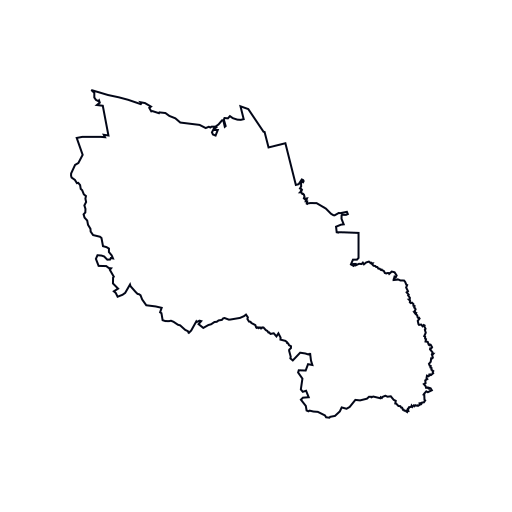 the district of Rudbāržu pag., Skrundas, Latvia, rotated 282°
{"feature_id": "27541924B63960792537365", "entity_name": "Rudbāržu pag.", "entity_type": "district", "adm_level": 2, "iso_a3": "LVA", "parent_name": "Latvia", "parent_adm1": "Skrundas", "projection": "mercator", "projection_center": [21.868, 56.65], "detail": "fine", "context": "isolated", "style": "outline", "palette": "ink", "viewbox_px": 512, "rotation_deg": 282, "n_neighbors": 0, "source": "geoboundaries", "source_scale": "gbopen_adm2", "svg_char_len": 6121}
<svg xmlns="http://www.w3.org/2000/svg" viewBox="0 0 512 512"><g transform="rotate(282 256 256)"><path d="M185.0,158.9L185.8,168.4L185.7,174.5L181.0,173.9L180.4,175.4L173.8,178.0L173.5,180.8L174.2,184.5L175.0,186.3L174.5,189.0L172.5,194.0L172.4,196.2L169.0,202.1L168.3,205.0L167.0,206.1L166.1,205.8L169.6,208.1L179.6,211.2L179.1,211.7L181.0,214.2L180.9,215.9L177.4,214.0L174.7,219.4L178.6,223.8L179.9,226.3L182.8,229.1L183.5,231.3L185.2,232.8L186.4,235.9L188.1,236.8L188.8,238.1L188.1,242.7L188.5,244.1L192.1,253.2L194.7,256.8L196.6,258.4L194.3,260.8L192.6,260.7L190.4,262.8L190.5,264.3L189.5,265.4L188.3,269.7L186.2,271.0L186.4,271.8L186.0,271.9L186.4,272.7L186.0,273.3L186.7,273.8L186.4,274.2L186.8,275.1L186.3,275.8L187.0,276.0L186.8,276.7L187.5,277.2L187.6,278.2L185.5,281.1L185.1,282.6L183.7,284.1L184.0,284.8L182.8,286.4L184.1,289.4L181.6,292.7L185.0,294.0L181.3,297.0L179.3,297.3L179.1,302.4L178.1,304.3L177.3,304.6L177.2,305.6L175.6,306.9L175.0,309.0L173.2,309.3L171.3,308.0L170.2,308.1L164.7,310.9L163.0,310.9L161.5,313.7L170.6,319.3L170.9,324.4L170.6,327.4L171.2,328.3L170.8,328.6L171.3,329.4L165.2,331.5L161.1,333.8L161.0,329.4L154.3,328.4L153.1,321.6L150.8,321.4L145.7,326.9L134.8,327.6L132.9,330.0L134.6,333.0L128.8,336.9L127.2,331.4L124.8,329.8L119.7,335.9L115.4,337.6L115.0,339.6L115.9,340.6L115.8,344.5L116.4,348.9L114.4,356.6L112.8,358.1L113.1,361.4L114.1,362.0L116.0,366.5L121.4,370.3L125.7,371.3L125.4,376.3L127.8,379.0L135.9,383.1L136.4,387.8L139.5,394.2L141.8,395.8L142.2,397.9L141.8,398.3L142.9,399.9L142.7,407.2L143.8,407.4L143.3,408.6L144.5,409.1L146.2,411.6L145.7,413.9L146.8,417.0L143.9,420.6L143.4,422.8L140.7,422.9L140.7,423.9L138.9,426.5L139.1,428.4L137.9,429.5L138.0,430.5L136.2,431.6L136.4,432.3L135.5,433.3L135.9,435.5L135.1,435.5L134.8,436.3L135.8,436.4L136.0,437.3L137.2,436.7L137.1,436.1L138.3,436.3L138.7,437.1L139.9,437.1L140.7,439.2L141.9,439.3L140.9,440.3L142.8,441.4L142.8,442.3L142.4,442.5L143.2,443.1L143.0,444.6L143.5,445.2L143.2,445.7L144.6,447.2L145.9,446.6L146.3,447.6L145.8,448.5L147.1,448.8L147.8,450.7L149.9,451.5L150.4,450.7L155.4,449.4L155.4,448.8L156.2,449.1L159.0,450.7L158.5,452.4L161.2,455.9L162.9,454.3L163.1,452.1L162.3,452.4L162.8,451.0L162.4,449.8L163.9,449.0L165.6,446.8L166.9,448.3L169.5,447.4L171.2,449.1L171.8,448.2L174.5,448.1L174.2,449.7L175.3,450.6L176.1,450.2L176.4,450.9L175.8,451.4L175.9,451.9L178.2,453.7L179.3,452.9L180.3,453.3L181.3,451.2L182.9,451.0L183.2,449.8L184.7,449.8L184.8,448.7L186.5,447.6L188.9,448.9L192.3,448.6L192.5,449.7L193.3,450.1L195.6,448.9L197.1,449.7L196.8,448.6L198.4,448.8L200.9,445.6L201.9,445.6L202.2,446.7L203.4,447.2L205.5,445.3L205.6,444.5L204.8,444.1L205.1,443.4L207.7,441.8L207.6,439.6L210.0,439.6L210.4,438.6L212.3,438.2L212.6,437.2L216.2,438.0L219.0,436.5L220.0,437.0L222.4,435.1L223.1,435.3L223.4,434.4L221.9,433.5L223.3,431.8L222.5,429.8L223.1,429.1L226.2,427.7L228.8,429.0L229.4,428.4L228.9,427.9L229.7,426.8L231.5,426.0L232.3,424.4L233.4,424.5L233.1,423.4L234.0,422.4L234.3,423.4L235.2,422.6L236.8,423.2L237.8,422.7L238.4,421.5L240.0,421.5L240.1,420.3L241.8,419.9L242.8,418.2L242.1,417.2L242.7,416.1L244.3,416.0L245.2,414.6L245.5,415.4L247.1,415.2L249.1,413.0L249.9,413.4L251.8,410.9L253.1,412.0L256.4,409.4L259.0,409.9L259.3,408.9L261.7,407.3L262.8,405.9L262.1,402.3L262.6,400.1L262.3,399.3L263.0,398.5L262.2,399.0L261.1,395.6L261.7,395.5L262.4,396.5L262.9,395.7L264.7,395.8L264.4,397.2L266.2,397.6L268.9,394.9L269.0,392.0L266.2,390.0L266.9,389.4L266.6,387.9L266.0,387.0L266.2,385.5L267.8,384.3L268.4,382.5L268.3,381.6L268.8,381.5L268.6,380.6L269.3,379.6L269.1,378.3L270.4,377.0L270.3,375.7L271.0,374.8L270.9,373.0L272.2,371.2L273.1,371.6L272.8,369.9L273.4,369.8L273.3,368.7L274.0,367.6L272.6,365.1L270.3,363.3L271.7,361.9L270.1,361.0L269.8,358.4L267.4,355.2L267.5,354.7L268.9,354.9L268.5,353.1L267.3,353.9L266.6,353.5L267.5,350.6L272.6,351.6L273.4,355.5L275.4,356.7L299.9,351.5L297.4,336.9L296.3,331.3L296.0,331.3L296.0,330.0L301.3,328.2L304.3,332.6L305.2,335.2L310.2,331.9L313.4,331.3L314.2,331.6L314.9,335.4L316.1,337.1L318.1,335.7L315.4,329.5L315.3,328.0L312.1,324.4L312.0,323.2L312.9,320.6L316.9,314.5L320.3,304.3L319.1,298.2L318.2,295.7L317.6,295.3L317.8,294.7L320.0,294.7L319.8,293.3L321.1,293.6L320.8,292.2L321.3,293.3L322.9,293.8L322.5,292.7L321.5,292.4L322.4,290.8L324.0,291.1L325.9,290.2L326.6,289.2L326.3,288.5L327.6,287.1L327.4,285.9L328.5,286.6L328.9,285.6L329.0,286.8L330.3,287.2L330.9,286.4L331.2,285.0L333.5,285.7L337.4,284.7L338.2,285.2L337.9,286.7L339.2,287.0L340.0,286.4L340.4,284.9L335.1,282.8L333.8,280.2L372.4,261.3L364.8,245.7L379.1,238.6L379.1,237.5L398.1,217.9L399.2,209.7L387.3,215.5L386.0,212.8L385.5,209.4L386.0,204.7L387.4,201.4L384.8,199.9L384.4,196.5L382.7,196.2L376.8,199.3L375.9,198.6L381.3,196.1L381.8,195.4L381.7,194.6L376.9,192.0L374.6,189.9L373.7,190.6L371.4,188.4L370.6,189.1L371.3,192.4L365.4,191.4L365.9,188.6L367.8,187.2L372.2,188.4L372.7,189.2L373.9,188.5L373.2,185.5L372.2,184.6L372.6,183.0L370.7,180.2L372.5,173.6L370.8,154.2L373.9,148.5L375.0,142.1L377.0,137.7L376.4,131.7L375.5,131.4L376.2,124.6L375.7,123.5L378.7,120.8L380.3,122.2L382.5,115.6L382.4,111.3L381.7,112.2L380.6,111.7L382.2,98.5L382.7,88.9L382.7,77.7L384.1,60.4L382.0,63.9L377.4,64.9L375.4,67.0L374.7,69.6L375.6,70.1L373.5,71.3L370.6,69.0L371.1,74.9L343.2,86.6L342.9,81.9L340.8,83.6L340.2,79.0L336.4,61.3L334.2,56.1L318.9,65.4L310.0,62.9L307.5,60.1L298.3,58.0L296.1,58.4L294.4,59.3L292.8,63.0L290.0,65.7L290.6,66.9L288.8,69.2L285.2,70.6L284.2,72.3L280.5,74.8L279.3,77.2L276.6,77.2L273.5,78.6L269.8,77.6L266.6,79.4L263.1,80.0L260.9,78.7L257.9,80.3L255.6,83.5L251.6,85.2L248.2,88.4L245.5,89.2L242.6,92.3L242.4,99.4L241.5,101.1L233.8,104.3L233.6,107.9L232.7,110.6L229.3,111.3L226.6,114.7L223.9,116.6L223.8,114.4L222.2,114.0L221.5,111.3L224.0,107.5L224.3,104.7L223.8,100.8L219.9,100.0L213.6,104.1L215.0,111.6L213.6,114.6L213.8,116.8L212.1,115.9L206.2,121.2L205.1,120.7L199.4,121.8L195.4,127.9L191.9,124.3L190.7,126.5L187.4,129.1L190.3,133.5L192.7,135.7L201.9,138.7L200.4,139.5L195.8,145.7L194.3,148.0L194.3,149.5L193.6,151.2L189.8,153.7L185.0,158.9Z" fill="none" stroke="#020617" stroke-width="2"/></g></svg>